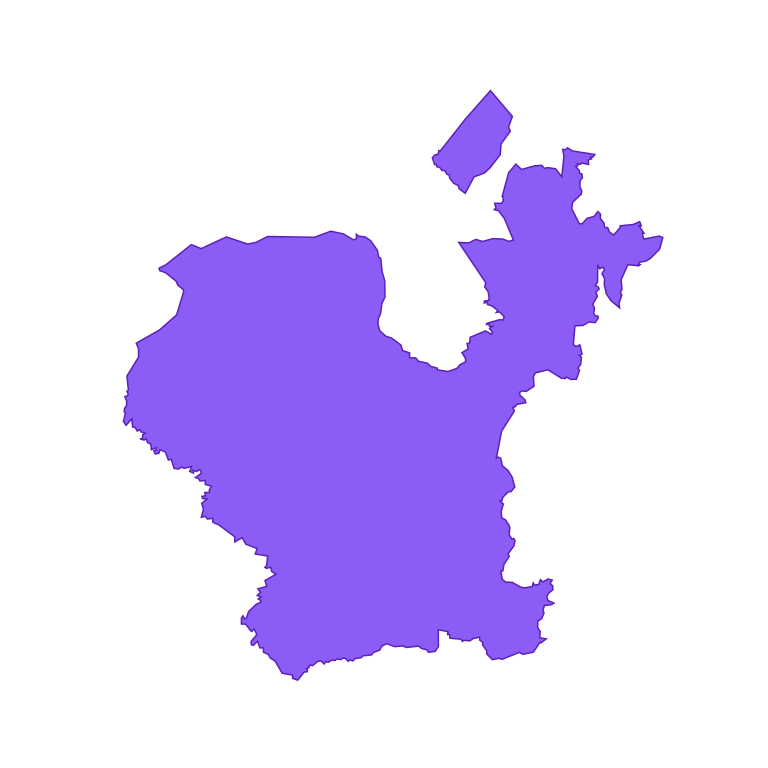 Caltepec, Puebla, Mexico (orthographic projection), rotated 98°
{"feature_id": "50627088B1371520644143", "entity_name": "Caltepec", "entity_type": "district", "adm_level": 2, "iso_a3": "MEX", "parent_name": "Mexico", "parent_adm1": "Puebla", "projection": "orthographic", "projection_center": [-97.485, 18.145], "detail": "fine", "context": "isolated", "style": "filled", "palette": "violet", "viewbox_px": 768, "rotation_deg": 98, "n_neighbors": 0, "source": "geoboundaries", "source_scale": "gbopen_adm2", "svg_char_len": 6170}
<svg xmlns="http://www.w3.org/2000/svg" viewBox="0 0 768 768"><g transform="rotate(98 384 384)"><path d="M248.4,473.3L254.1,519.8L261.6,530.5L264.4,538.4L260.3,560.6L275.4,583.9L272.8,594.2L296.2,616.5L300.7,622.9L303.0,621.8L304.1,616.0L311.0,604.3L314.9,601.8L318.5,595.7L320.7,595.3L344.5,599.0L361.7,613.8L378.0,635.0L383.3,632.0L391.6,630.8L411.9,639.7L425.5,636.3L427.2,637.6L429.4,635.9L431.2,636.3L432.6,638.9L436.9,636.4L441.5,636.0L444.2,637.5L447.8,637.4L448.5,636.0L457.3,636.8L460.8,633.7L453.6,628.8L461.6,627.0L461.4,624.7L464.9,621.8L463.2,619.5L465.2,618.0L466.0,613.5L467.9,615.9L471.5,615.5L472.4,618.0L472.9,613.7L471.3,612.0L474.9,610.0L476.1,606.5L481.4,605.2L478.7,600.9L481.0,600.2L482.0,602.7L485.1,600.9L483.9,597.3L480.3,596.8L481.7,591.1L489.3,586.9L488.1,584.3L496.8,580.1L496.8,575.7L494.6,573.1L495.3,570.2L492.6,563.1L497.6,564.3L498.7,560.2L496.0,560.8L496.8,557.3L494.6,555.3L495.4,553.3L497.9,552.6L502.9,557.7L503.5,554.4L505.6,552.9L504.5,547.7L508.3,547.0L509.2,540.6L513.1,542.3L515.6,541.7L516.4,546.4L519.6,545.3L520.6,548.5L522.7,547.8L522.4,543.2L527.5,547.9L533.2,545.4L541.4,546.3L539.9,542.5L542.3,540.1L540.9,535.0L544.8,534.2L546.4,528.2L556.2,510.4L561.1,509.8L555.9,502.9L561.9,498.5L564.6,486.7L570.3,487.9L570.5,475.4L579.9,474.9L582.2,476.4L582.9,474.6L581.3,470.8L585.3,469.1L587.4,464.5L595.2,474.5L600.7,472.0L604.4,480.4L607.5,477.3L611.0,480.1L612.0,476.1L614.4,478.7L615.5,476.1L617.3,475.7L619.6,479.5L628.1,486.4L635.5,487.9L635.8,489.5L633.2,491.4L635.8,492.6L641.5,491.8L641.1,487.5L646.9,481.8L647.4,480.4L644.7,478.9L647.8,476.2L650.3,475.2L657.4,479.8L660.7,479.0L661.0,476.9L656.3,473.5L662.6,470.2L662.1,466.8L666.4,466.0L667.8,461.0L671.2,458.4L673.7,453.1L684.6,444.6L685.0,434.1L688.2,433.5L689.3,428.2L680.4,423.0L679.7,420.1L677.8,419.9L676.9,421.3L675.2,418.8L672.8,418.7L672.7,415.4L667.9,411.0L666.9,408.2L669.6,404.2L667.1,403.0L667.3,400.3L665.0,397.9L664.4,393.7L662.8,392.5L662.9,388.2L661.2,386.5L661.1,384.1L663.6,380.9L662.0,379.0L662.5,376.2L660.0,374.5L658.2,368.5L656.2,367.2L654.0,358.7L651.3,357.0L648.1,351.1L643.9,349.8L640.8,345.2L642.6,336.7L640.8,329.0L641.8,325.3L638.7,313.1L640.7,310.1L641.3,304.5L643.5,302.7L641.7,296.1L636.4,293.6L619.8,296.0L620.4,286.2L623.3,286.2L622.9,284.2L626.6,283.3L626.0,272.5L628.0,270.4L626.7,269.2L626.4,263.1L623.6,260.2L621.4,254.1L624.3,253.6L626.3,250.1L628.7,250.0L634.0,245.0L636.8,244.9L641.9,238.4L639.6,231.6L640.2,228.7L630.9,212.6L632.4,208.9L628.8,198.8L617.9,193.5L618.5,192.4L613.8,187.9L613.7,194.5L607.5,194.8L603.8,197.9L597.5,198.7L594.4,195.2L588.6,193.7L585.2,195.1L581.0,194.2L579.3,187.6L577.3,185.3L575.6,191.4L572.1,193.2L568.3,191.9L564.2,188.1L560.4,188.8L558.3,191.8L554.8,190.1L554.3,194.5L557.8,199.0L556.0,201.9L560.9,202.9L562.2,206.6L560.2,208.5L564.0,209.1L566.3,216.5L566.0,220.7L562.6,229.3L563.2,236.1L560.9,239.7L553.1,242.1L552.5,240.3L545.9,240.1L537.4,236.0L534.9,237.5L526.0,232.7L520.6,232.5L518.9,234.1L519.8,235.7L515.9,239.1L508.7,239.4L506.2,240.8L501.4,245.0L500.3,248.7L494.1,250.2L486.2,249.1L483.9,252.9L483.1,250.9L479.7,250.6L473.7,246.1L472.8,243.2L467.7,240.1L458.3,244.2L452.4,249.1L448.6,255.3L441.3,258.1L440.5,260.5L441.7,262.4L414.4,261.0L392.7,251.2L389.2,253.0L388.1,250.7L385.8,249.9L382.7,240.9L379.9,242.4L376.2,247.8L373.4,248.6L371.6,246.0L371.6,242.2L365.3,235.1L356.0,237.1L351.9,235.6L347.1,223.7L353.5,209.3L353.5,205.5L351.7,204.6L353.5,199.7L352.4,194.1L343.2,192.3L341.4,194.2L337.0,191.9L329.9,192.2L328.4,194.6L326.9,192.0L318.0,195.5L320.2,199.2L318.5,202.0L299.9,203.0L298.3,195.0L294.0,189.7L293.8,183.4L288.7,181.0L287.0,181.5L287.0,184.2L285.2,186.1L279.5,186.1L275.9,188.4L267.6,184.9L263.5,186.9L260.1,184.2L258.2,185.2L257.1,188.5L253.2,186.7L236.3,189.0L239.9,186.4L237.8,183.3L239.9,181.7L244.4,183.5L248.9,180.2L254.5,179.8L263.6,176.5L269.8,171.0L275.8,161.3L271.4,162.5L262.9,160.9L260.5,162.6L256.9,161.5L247.8,163.7L231.9,159.1L231.5,148.2L230.1,147.0L230.1,148.7L227.8,147.8L225.8,141.6L222.6,137.7L212.0,129.8L200.1,128.3L199.2,132.0L204.3,146.8L200.3,148.7L198.7,148.8L198.5,147.5L191.8,153.5L191.6,151.2L187.6,153.4L191.3,159.3L194.5,172.2L195.8,171.7L204.5,177.2L202.3,181.7L198.0,184.3L198.4,186.5L196.9,187.8L194.0,188.5L190.0,192.7L185.6,193.3L183.4,196.2L188.8,199.3L191.6,205.9L197.8,210.1L198.0,213.0L184.4,222.4L177.8,222.5L168.5,215.1L165.3,215.0L161.5,217.5L155.3,218.1L152.0,216.2L148.4,217.3L148.2,219.5L145.6,220.3L141.8,224.5L140.8,222.4L139.1,223.2L139.2,220.3L137.7,218.8L138.1,211.9L133.9,213.0L132.1,209.8L130.6,211.2L130.1,208.6L127.4,207.2L127.0,229.5L124.6,235.3L126.7,236.7L126.8,239.7L133.4,237.5L154.0,236.8L147.0,244.1L146.9,252.0L148.2,255.1L145.5,258.2L146.9,264.9L152.4,277.7L147.9,284.0L157.4,290.0L182.0,293.1L182.1,292.0L186.1,291.5L188.8,292.8L189.5,299.6L194.2,297.6L196.0,299.1L196.4,294.8L203.4,287.8L223.4,275.9L225.4,280.1L223.9,286.6L224.9,296.4L229.1,306.2L228.0,313.2L232.5,319.7L233.4,329.7L269.6,297.3L273.9,297.8L277.9,293.8L284.0,291.9L286.7,291.9L287.8,296.1L289.8,296.1L288.8,293.1L291.0,292.5L291.5,288.3L295.3,281.5L297.5,282.7L296.5,279.6L300.7,274.3L304.1,275.2L304.2,278.5L309.6,290.5L310.8,290.8L310.1,288.5L312.3,287.5L311.9,284.5L314.4,287.2L317.6,283.9L319.8,284.5L317.3,291.0L325.8,305.2L331.5,304.9L332.3,307.4L337.5,305.5L342.1,311.2L347.2,307.0L350.6,306.2L354.3,311.4L358.4,314.0L362.7,322.3L362.6,333.1L360.9,333.5L360.0,340.4L357.4,343.8L356.6,353.3L353.7,356.2L354.5,362.3L349.6,363.0L348.3,370.3L343.1,372.6L337.5,382.8L336.4,388.9L331.9,395.6L325.4,398.4L320.3,398.7L314.6,397.2L304.6,397.3L297.8,395.1L281.8,397.6L272.8,401.6L260.0,404.7L259.0,407.0L252.6,409.1L244.2,416.8L241.0,423.0L241.1,429.6L239.6,432.2L243.9,431.5L245.5,434.2L241.0,445.2L240.1,458.0L248.4,473.3ZM153.3,367.6L159.7,364.4L159.4,362.7L161.5,361.8L161.9,358.8L164.4,356.4L164.3,353.4L167.7,350.8L167.8,348.4L170.6,347.9L175.5,343.0L177.2,338.1L180.3,336.6L183.9,330.1L166.4,323.7L161.1,314.0L155.4,309.2L140.7,300.8L129.9,301.5L116.1,294.1L112.1,296.4L101.2,294.1L78.7,319.4L110.1,340.2L145.2,360.6L145.2,362.2L148.8,362.3L150.2,365.6L153.3,367.6Z" fill="#8b5cf6" stroke="#5b21b6" stroke-width="1.5"/></g></svg>